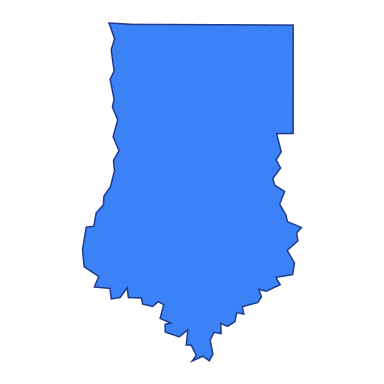 Bradley, Arkansas, United States of America
{"feature_id": "52423323B29165954447352", "entity_name": "Bradley", "entity_type": "district", "adm_level": 2, "iso_a3": "USA", "parent_name": "United States of America", "parent_adm1": "Arkansas", "projection": "robinson", "projection_center": [-92.174, 33.435], "detail": "fine", "context": "isolated", "style": "filled", "palette": "blue", "viewbox_px": 384, "rotation_deg": 0, "n_neighbors": 0, "source": "geoboundaries", "source_scale": "gbopen_adm2", "svg_char_len": 1098}
<svg xmlns="http://www.w3.org/2000/svg" viewBox="0 0 384 384"><path d="M109.0,23.0L114.6,38.8L111.2,49.8L114.1,71.1L110.1,79.3L114.1,99.2L112.4,107.0L117.7,119.9L113.1,136.8L119.0,150.6L113.5,160.3L114.5,171.0L110.4,186.8L103.9,196.3L103.4,204.9L96.2,212.8L93.8,226.4L86.3,227.1L82.5,249.4L84.1,266.7L98.8,276.5L94.4,287.0L110.0,288.4L111.2,298.9L120.2,297.5L127.2,287.8L128.4,297.6L141.2,297.9L142.7,304.1L152.6,306.4L158.2,301.7L163.8,304.6L160.1,318.4L170.7,323.2L165.2,324.2L165.3,332.1L179.2,336.8L187.8,329.9L186.3,345.1L191.2,345.1L196.3,355.3L192.2,361.0L202.8,356.2L209.3,360.8L212.9,354.1L210.1,340.0L214.1,332.4L221.1,333.6L220.7,323.4L227.6,326.3L234.9,321.7L236.8,312.5L243.8,314.1L242.3,306.7L257.8,302.5L261.4,296.9L258.9,289.3L266.2,291.2L280.2,284.7L275.9,277.4L292.6,274.6L294.5,263.1L287.2,250.4L297.9,240.8L296.6,232.9L301.5,227.6L287.5,221.7L285.8,214.9L279.6,204.0L284.7,191.6L274.7,185.2L272.8,178.5L280.6,168.0L276.1,160.0L281.2,151.8L276.6,133.6L293.1,133.5L293.2,29.7L293.2,25.1L185.1,24.6L132.7,24.4L109.0,23.0Z" fill="#3b82f6" stroke="#1e3a8a" stroke-width="1.5"/></svg>